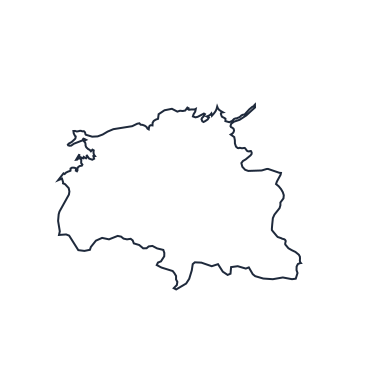 SVG path tracing the border of Ipeiros, rotated 120°
{"feature_id": "GRC-2949", "entity_name": "Ipeiros", "entity_type": "Region", "adm_level": 1, "iso_a3": "GRC", "parent_name": "Greece", "parent_adm1": "", "projection": "natural_earth1", "projection_center": [20.643, 39.638], "detail": "fine", "context": "isolated", "style": "outline", "palette": "slate", "viewbox_px": 384, "rotation_deg": 120, "n_neighbors": 0, "source": "natural_earth", "source_scale": "10m", "svg_char_len": 4182}
<svg xmlns="http://www.w3.org/2000/svg" viewBox="0 0 384 384"><g transform="rotate(120 192 192)"><path d="M170.3,109.3L174.2,108.9L180.0,106.3L183.8,104.5L185.0,103.8L185.6,102.4L187.9,96.1L188.1,95.2L187.4,91.7L187.4,90.7L186.8,88.5L186.9,87.4L187.6,86.3L189.9,85.6L190.8,85.0L192.5,80.4L192.5,76.4L192.2,72.5L192.9,68.1L194.1,66.2L195.8,65.1L197.5,64.3L198.7,63.2L199.1,62.2L199.6,62.9L201.5,64.3L204.3,64.1L207.4,62.4L209.4,60.1L215.2,58.8L217.5,61.8L220.6,70.6L227.1,78.4L231.3,87.0L233.3,95.2L232.8,98.3L228.9,105.1L231.4,107.1L233.4,115.3L237.5,120.6L243.5,117.8L246.0,119.7L245.6,125.5L241.5,133.4L246.4,137.8L248.5,148.6L251.5,154.4L254.1,155.3L260.0,153.0L268.6,151.0L274.2,151.3L284.3,157.0L284.4,159.7L280.2,158.6L277.2,159.7L275.7,162.1L272.7,163.8L271.1,166.7L270.1,169.2L272.7,180.7L272.9,186.0L270.1,186.2L267.6,184.2L261.6,183.9L258.6,185.5L256.5,187.9L258.3,194.0L258.5,199.3L260.8,202.3L263.4,203.2L265.2,206.1L264.3,211.2L265.6,216.7L263.6,219.1L263.2,221.7L265.5,224.6L266.6,228.0L266.1,231.1L267.2,234.4L274.5,240.2L276.7,246.9L282.2,250.9L290.2,252.1L293.1,251.5L296.8,255.7L299.2,261.4L291.2,276.6L291.7,279.8L295.7,285.7L292.2,286.8L284.0,293.5L278.0,296.3L275.2,297.0L255.8,297.3L252.9,298.4L250.3,300.7L248.7,305.8L249.0,308.0L248.2,308.3L245.4,311.3L248.7,313.8L240.1,312.6L240.1,311.3L238.2,310.8L236.4,309.6L234.9,308.3L234.3,307.9L232.4,308.9L230.9,308.1L229.9,306.3L229.5,304.6L229.8,304.6L230.3,303.7L231.6,303.3L231.6,302.0L230.5,302.0L229.0,303.0L227.2,303.0L225.6,302.2L224.3,300.6L223.1,300.6L222.3,302.5L219.5,304.0L218.9,305.3L219.6,307.2L221.3,307.6L222.0,308.5L215.6,308.4L217.9,307.3L217.6,306.0L217.5,304.1L217.1,302.9L215.8,303.3L215.8,302.6L215.6,302.1L215.6,301.8L215.8,301.6L215.8,300.6L214.4,300.4L213.6,300.6L213.1,301.3L212.6,302.0L214.5,297.8L213.9,294.5L212.1,293.4L210.3,295.3L209.4,294.0L208.8,295.4L207.9,296.4L206.6,297.3L205.1,297.9L205.1,299.4L207.3,299.9L206.7,301.5L206.7,303.7L206.1,306.0L205.0,307.4L203.7,308.2L202.6,309.3L202.0,311.3L199.8,309.8L199.9,311.8L200.1,312.7L200.7,312.8L202.0,312.6L209.2,318.4L212.2,319.8L213.2,321.2L213.5,322.6L213.1,323.2L211.7,322.9L208.9,321.2L204.4,319.8L203.4,319.9L202.0,320.5L201.9,321.4L200.4,323.7L198.5,325.2L197.6,323.8L197.2,322.0L196.1,320.7L195.0,319.6L194.5,318.6L194.3,317.4L194.0,316.8L193.6,316.4L193.4,315.9L193.8,314.6L194.5,313.8L195.2,313.2L195.5,312.6L194.0,306.1L191.0,301.5L186.9,298.1L181.9,295.3L176.9,291.5L164.9,276.7L160.3,273.6L158.8,271.9L159.4,270.2L158.6,268.4L158.2,266.1L158.4,263.9L159.4,262.2L159.4,260.8L157.5,261.6L155.9,261.8L154.8,261.2L154.1,259.5L151.8,260.7L149.6,260.7L147.5,259.6L145.6,258.0L141.3,259.8L135.0,256.7L130.0,251.0L129.7,244.9L127.6,243.0L126.5,240.5L124.8,238.6L121.2,238.2L121.2,236.9L122.3,236.9L122.3,235.7L121.0,234.1L119.3,231.1L118.1,230.3L120.8,229.4L124.0,229.5L126.1,229.0L125.6,226.3L124.1,224.7L118.1,220.9L118.1,219.7L120.8,219.8L122.7,220.3L124.2,220.2L125.6,218.4L125.6,217.0L124.0,216.0L121.3,214.7L119.1,214.6L119.2,217.0L117.8,215.8L116.0,214.8L114.3,214.5L116.0,212.9L113.1,212.3L110.4,212.0L107.9,212.2L105.4,212.9L106.6,211.4L107.3,209.6L107.5,207.5L107.5,205.0L108.6,206.3L109.7,206.2L110.7,205.2L111.8,203.8L111.8,203.2L111.7,200.7L111.8,199.7L112.1,199.6L113.6,198.6L113.9,198.5L112.9,194.6L110.4,192.8L107.7,192.1L106.5,191.1L106.0,190.3L103.6,188.4L102.8,188.0L101.0,187.5L99.7,186.6L98.6,185.2L91.7,183.7L88.2,182.4L86.4,181.2L85.5,181.4L84.8,181.2L87.3,179.7L92.5,181.4L98.6,183.3L105.7,186.9L110.1,190.8L113.3,192.2L115.7,191.6L116.3,190.6L116.2,189.2L116.4,187.7L117.6,186.4L118.9,186.0L120.2,186.0L121.5,186.4L122.9,187.2L123.3,182.9L125.7,180.8L128.5,179.1L130.7,176.6L131.1,174.5L130.7,173.5L129.8,172.7L129.3,171.0L129.0,170.4L127.9,169.0L127.5,168.4L127.6,167.8L128.6,165.5L128.9,164.5L128.4,162.9L127.4,162.1L127.1,161.3L128.2,159.9L129.4,159.4L131.0,159.6L136.9,161.8L139.7,163.4L142.3,163.7L145.0,161.0L146.2,157.1L145.6,153.8L138.5,142.4L134.8,138.9L134.0,137.7L131.7,126.0L131.0,124.5L132.8,123.9L140.5,123.7L143.1,123.2L143.7,119.7L145.0,116.3L146.8,113.2L148.9,110.9L151.8,109.6L156.9,110.2L159.3,108.8L162.2,108.1L170.3,109.3Z" fill="none" stroke="#1e293b" stroke-width="2"/></g></svg>